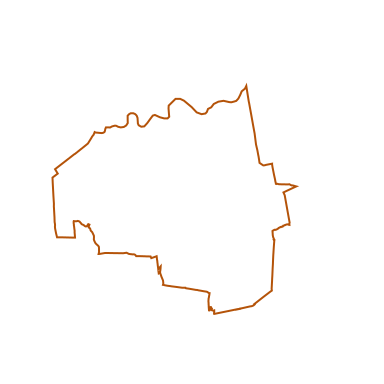 Costestii Din Vale, Dâmbovita, Romania (Albers equal-area conic projection), rotated 127°
{"feature_id": "2599482B66732417468011", "entity_name": "Costestii Din Vale", "entity_type": "district", "adm_level": 2, "iso_a3": "ROU", "parent_name": "Romania", "parent_adm1": "Dâmbovita", "projection": "albers", "projection_center": [25.499, 44.642], "detail": "fine", "context": "isolated", "style": "outline", "palette": "amber", "viewbox_px": 384, "rotation_deg": 127, "n_neighbors": 0, "source": "geoboundaries", "source_scale": "gbopen_adm2", "svg_char_len": 5495}
<svg xmlns="http://www.w3.org/2000/svg" viewBox="0 0 384 384"><g transform="rotate(127 192 192)"><path d="M298.8,258.0L296.4,260.1L295.1,261.3L293.6,262.4L292.1,263.9L290.3,265.6L289.7,266.3L289.1,266.7L288.5,267.4L287.4,268.3L286.9,268.7L286.4,268.9L286.3,268.7L285.8,267.9L285.0,266.8L284.5,266.3L283.9,265.9L283.5,265.0L283.3,263.9L283.5,263.2L283.6,262.9L283.7,262.0L283.9,261.4L284.1,260.8L283.9,259.9L283.7,259.1L283.6,258.6L283.7,257.3L283.6,256.5L283.4,256.0L282.8,255.5L282.3,255.4L280.1,255.5L279.8,254.3L280.5,254.1L282.1,253.5L282.5,253.1L282.4,251.7L282.8,250.9L283.6,250.0L283.9,249.1L284.1,247.6L284.4,247.0L285.6,244.7L286.0,244.0L287.1,243.1L289.0,241.8L289.7,240.8L290.5,239.3L291.0,238.2L291.2,236.9L291.3,235.8L291.4,234.6L291.6,233.9L291.9,233.3L292.7,232.6L293.7,231.8L294.9,230.9L295.9,230.1L296.8,229.7L297.7,229.3L297.4,228.9L296.5,228.0L294.8,226.4L293.1,224.8L292.0,223.4L290.0,220.6L287.3,216.9L284.8,213.5L283.7,212.0L282.4,210.2L282.2,210.0L279.9,207.7L279.4,205.1L278.5,203.5L278.4,203.3L278.1,202.9L277.8,202.2L276.8,201.0L276.7,200.8L276.5,200.2L276.4,199.8L276.4,199.3L276.8,198.0L274.3,194.6L272.1,191.5L270.4,189.0L268.4,186.3L269.3,184.7L265.1,181.9L264.6,181.6L265.8,180.4L266.5,179.8L266.9,179.4L267.7,178.5L268.1,178.1L268.8,177.5L269.3,177.0L269.9,176.4L271.3,175.1L272.1,174.3L272.8,173.6L274.1,172.4L272.4,172.4L271.6,172.4L270.2,172.3L272.0,171.1L274.2,169.8L276.1,170.5L277.0,169.6L275.5,169.0L276.5,167.8L277.0,166.9L278.0,165.5L280.1,161.9L281.8,160.3L282.7,159.6L283.1,159.5L283.6,159.3L283.3,158.8L283.3,158.7L282.7,157.3L281.6,155.1L280.0,152.3L279.9,152.0L277.2,147.3L274.3,142.1L272.4,139.6L272.5,139.4L272.6,139.2L272.5,138.9L272.2,138.3L271.2,136.5L269.8,133.8L267.7,129.7L267.2,129.1L266.6,127.6L265.7,125.9L264.9,124.3L264.1,122.7L263.6,121.8L263.3,121.2L263.0,120.7L262.7,120.0L262.6,119.6L262.6,118.9L262.6,118.4L262.6,117.9L262.4,117.5L262.2,117.1L262.8,116.8L263.6,116.3L264.0,116.1L264.5,115.9L266.4,114.9L267.2,114.6L267.6,114.3L267.9,114.1L268.7,113.6L269.8,112.8L270.5,112.1L271.4,111.4L271.9,111.0L272.5,110.4L273.1,110.0L273.4,109.7L273.8,109.4L276.3,107.2L276.0,106.7L275.5,106.7L275.1,106.9L274.1,107.7L273.3,108.2L272.9,108.1L272.5,107.6L272.6,107.3L273.1,106.4L273.2,106.2L273.2,105.9L274.0,105.6L274.5,105.3L274.5,104.9L274.1,104.0L273.7,103.3L273.2,103.0L273.9,102.4L274.5,102.1L276.0,101.1L275.9,100.8L265.6,91.7L265.4,91.5L265.0,91.1L264.8,91.0L262.1,88.6L259.0,85.9L258.3,85.3L258.1,85.1L258.4,85.1L257.4,84.2L256.3,83.2L256.1,83.4L254.4,81.8L253.9,81.4L248.1,76.5L247.7,76.0L247.1,75.5L246.6,75.2L246.1,74.9L245.5,74.6L244.9,74.5L244.6,74.4L244.1,74.3L244.0,74.8L233.1,71.9L224.5,69.5L222.7,68.9L221.3,70.2L220.1,71.0L217.0,73.1L214.9,74.5L213.3,75.6L211.2,77.0L209.0,78.5L204.5,81.6L200.6,84.2L198.9,85.4L197.0,86.7L193.2,89.3L192.4,89.8L190.0,91.4L186.8,93.5L184.0,95.3L181.5,96.9L180.9,98.0L180.5,97.7L180.3,98.2L179.8,99.0L179.3,99.9L178.9,100.4L178.5,100.8L177.9,101.5L176.7,102.5L174.9,104.1L174.6,104.3L172.5,103.4L172.1,102.7L171.9,102.6L171.7,102.3L171.4,102.2L171.1,102.0L170.8,101.8L170.6,101.7L170.2,101.5L169.7,101.3L169.1,101.2L168.6,101.2L168.4,101.1L168.2,100.9L167.8,100.7L167.3,100.5L167.0,100.4L166.7,100.3L166.6,100.2L166.5,99.8L166.3,99.7L166.0,99.7L165.8,99.6L165.6,99.4L165.4,99.1L165.2,98.8L164.9,98.7L164.4,98.8L164.1,98.9L163.9,98.7L163.7,98.4L163.2,98.3L162.9,98.2L162.6,98.0L162.5,97.9L162.4,97.7L162.1,97.6L161.9,97.5L161.6,97.3L161.2,97.1L161.0,96.9L160.5,96.4L160.0,95.8L159.9,95.5L159.9,95.4L160.0,95.2L159.9,94.9L159.7,94.6L159.6,94.4L158.7,95.2L157.7,95.6L154.3,99.3L138.8,116.0L137.3,118.7L133.8,116.9L132.3,116.1L128.3,114.0L124.8,112.1L125.0,112.6L125.2,113.1L125.6,114.2L126.1,115.5L126.7,116.2L127.0,117.3L127.2,118.9L128.1,119.8L132.9,126.4L133.7,127.7L134.0,128.6L134.5,129.3L134.9,129.5L135.0,129.9L134.6,130.3L133.6,131.5L133.1,132.1L132.8,132.4L132.2,133.0L129.2,136.5L128.6,137.2L126.8,139.2L125.0,141.2L124.3,142.0L122.6,143.8L121.5,144.9L121.2,145.1L125.9,149.3L126.5,149.7L127.6,150.7L127.9,151.3L128.1,155.6L126.2,157.5L123.7,160.1L122.2,161.8L119.6,164.6L118.5,165.9L115.5,169.5L107.9,176.9L107.7,177.1L107.5,177.3L103.0,182.2L95.3,190.5L86.8,199.7L85.5,201.2L74.6,212.5L77.6,211.9L81.7,212.9L85.1,212.0L87.2,211.6L89.5,211.2L92.6,211.5L94.3,212.7L96.7,214.6L97.8,216.4L100.2,221.7L104.0,225.3L108.6,227.6L112.8,227.6L116.0,229.2L119.1,228.3L121.2,228.5L124.1,231.2L125.6,236.2L124.4,243.3L123.9,253.4L124.7,257.4L127.5,261.2L133.6,262.1L137.0,262.6L139.3,261.1L143.4,257.5L145.6,255.5L147.9,255.8L150.0,258.6L151.6,262.5L152.8,268.0L154.6,269.3L159.1,269.3L164.0,269.2L168.3,269.6L170.4,271.8L170.8,274.7L169.9,276.4L165.6,280.1L164.4,282.0L164.1,283.2L164.0,284.5L164.5,286.4L166.1,288.4L167.8,289.1L169.8,289.3L172.7,287.1L175.6,284.8L178.5,284.6L181.1,285.6L183.3,287.8L184.4,290.3L184.7,292.3L185.4,293.5L187.7,295.3L189.9,296.3L190.1,296.8L192.2,299.6L193.8,299.2L195.6,298.3L196.9,298.0L198.4,298.7L199.3,299.6L200.5,301.5L201.6,303.3L202.5,304.7L202.7,305.8L205.6,305.0L206.0,305.1L208.0,305.1L209.4,304.9L215.9,304.3L218.4,304.9L225.8,306.8L231.3,308.2L231.8,308.3L232.6,308.7L240.0,310.7L254.7,314.7L256.2,315.1L258.1,310.3L264.4,312.1L268.2,309.0L272.6,305.3L278.9,300.0L284.5,295.2L286.7,293.6L287.1,293.3L287.4,293.0L295.2,286.4L295.6,286.1L298.7,283.6L300.0,282.2L300.7,281.6L301.2,281.2L302.3,280.5L303.5,279.4L306.9,275.6L309.4,272.5L307.3,269.7L307.2,269.6L300.9,260.8L299.8,259.3L298.8,258.0Z" fill="none" stroke="#b45309" stroke-width="2"/></g></svg>